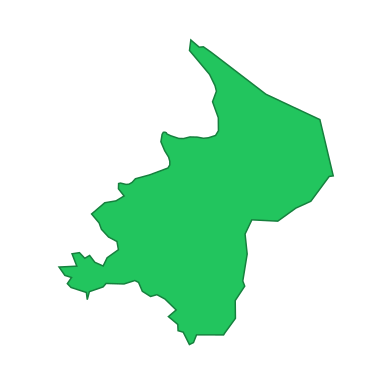 outline of St. Mary, Louisiana, United States of America, rotated 82°
{"feature_id": "52423323B82500281635270", "entity_name": "St. Mary", "entity_type": "district", "adm_level": 2, "iso_a3": "USA", "parent_name": "United States of America", "parent_adm1": "Louisiana", "projection": "equal_earth", "projection_center": [-91.446, 29.674], "detail": "fine", "context": "isolated", "style": "filled", "palette": "green", "viewbox_px": 384, "rotation_deg": 82, "n_neighbors": 0, "source": "geoboundaries", "source_scale": "gbopen_adm2", "svg_char_len": 1342}
<svg xmlns="http://www.w3.org/2000/svg" viewBox="0 0 384 384"><g transform="rotate(82 192 192)"><path d="M195.7,49.9L138.1,55.3L120.3,82.6L105.5,105.2L56.5,153.4L49.8,160.5L49.6,164.7L41.3,172.0L51.5,174.8L60.4,169.2L78.1,158.2L89.9,154.4L95.6,153.8L105.5,159.1L122.1,155.6L135.0,157.3L139.3,160.8L140.6,168.3L140.4,173.2L138.4,179.1L137.2,186.4L137.9,192.9L137.1,197.7L133.3,205.3L131.1,208.7L129.8,209.2L129.0,210.5L128.9,212.1L130.8,213.6L137.9,215.8L147.3,213.3L154.2,210.3L158.5,209.7L162.1,210.2L164.9,212.5L169.2,231.9L171.0,246.2L174.1,249.9L175.5,253.3L175.3,256.3L173.2,261.6L173.4,263.5L178.6,264.4L186.5,259.8L190.2,268.5L190.5,279.9L199.8,294.5L209.7,288.3L216.3,286.9L225.0,280.9L230.6,273.2L238.9,272.9L245.3,285.2L252.9,290.3L248.1,298.0L240.6,302.2L242.7,307.4L236.4,311.9L236.5,319.4L249.4,316.4L247.8,334.1L256.9,329.5L259.9,323.2L265.4,328.2L269.7,325.1L276.8,310.6L284.0,310.7L276.4,307.5L273.6,293.2L270.6,289.8L273.6,272.1L271.7,260.9L274.1,257.5L283.4,255.0L289.7,247.6L288.8,241.0L294.2,233.7L306.6,224.1L312.1,232.7L321.2,224.5L327.4,225.1L329.6,220.2L342.7,215.8L341.3,211.5L334.1,207.4L337.9,180.6L336.0,179.0L323.2,166.6L305.5,164.3L292.6,152.9L287.2,154.1L261.1,146.0L241.0,145.3L227.9,136.6L232.8,111.1L222.4,91.4L217.7,75.6L195.7,54.0L195.7,49.9Z" fill="#22c55e" stroke="#15803d" stroke-width="1.5"/></g></svg>